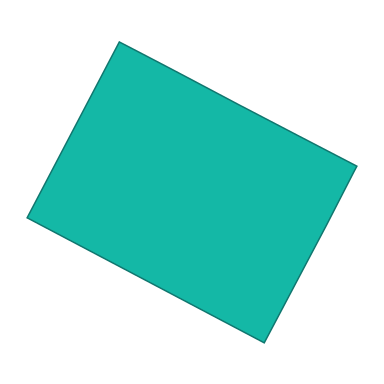 Grundy, Illinois, United States of America (Mercator projection), rotated 299°
{"feature_id": "52423323B76821176923110", "entity_name": "Grundy", "entity_type": "district", "adm_level": 2, "iso_a3": "USA", "parent_name": "United States of America", "parent_adm1": "Illinois", "projection": "mercator", "projection_center": [-88.344, 41.286], "detail": "fine", "context": "isolated", "style": "filled", "palette": "teal", "viewbox_px": 384, "rotation_deg": 299, "n_neighbors": 0, "source": "geoboundaries", "source_scale": "gbopen_adm2", "svg_char_len": 307}
<svg xmlns="http://www.w3.org/2000/svg" viewBox="0 0 384 384"><g transform="rotate(299 192 192)"><path d="M89.5,60.3L95.1,328.3L228.1,325.7L288.4,323.8L294.5,323.7L292.7,256.8L291.0,190.0L289.7,123.0L288.9,89.5L288.0,55.9L288.0,55.7L89.5,60.3Z" fill="#14b8a6" stroke="#0f766e" stroke-width="1.5"/></g></svg>